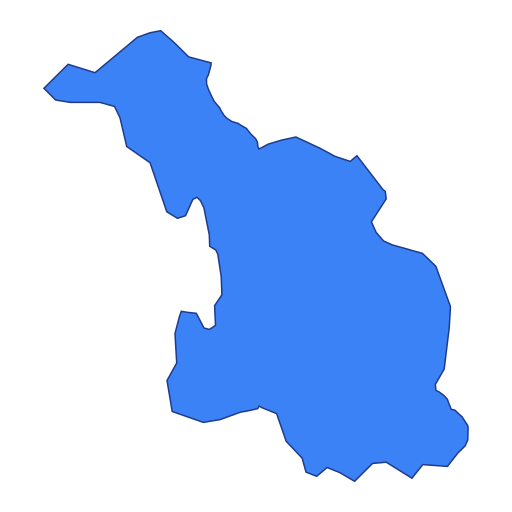 outline of Koulikoro, Koulikoro, Mali, rotated 270°
{"feature_id": "8926073B42356193702634", "entity_name": "Koulikoro", "entity_type": "district", "adm_level": 2, "iso_a3": "MLI", "parent_name": "Mali", "parent_adm1": "Koulikoro", "projection": "orthographic", "projection_center": [-7.329, 13.238], "detail": "fine", "context": "isolated", "style": "filled", "palette": "blue", "viewbox_px": 512, "rotation_deg": 270, "n_neighbors": 0, "source": "geoboundaries", "source_scale": "gbopen_adm2", "svg_char_len": 1770}
<svg xmlns="http://www.w3.org/2000/svg" viewBox="0 0 512 512"><g transform="rotate(270 256 256)"><path d="M178.5,175.0L149.0,176.7L131.5,167.0L100.5,172.2L89.6,203.4L92.4,220.0L99.9,240.7L101.1,247.7L103.4,257.8L104.9,258.5L105.9,259.1L104.3,262.0L98.4,276.6L70.7,286.2L53.9,302.1L39.9,306.0L35.7,316.7L44.5,327.1L39.3,340.0L30.7,354.6L48.6,372.6L48.7,374.2L49.8,386.2L33.8,411.9L47.4,422.8L45.6,447.4L53.0,453.2L59.0,457.9L66.2,465.2L72.0,467.8L81.0,468.0L84.6,468.1L86.7,467.6L92.3,463.9L95.4,461.9L98.2,458.7L101.8,455.0L102.7,451.2L106.8,449.6L107.0,449.5L109.8,448.4L111.2,447.9L112.7,447.4L116.2,444.2L116.5,443.9L118.2,441.6L119.8,439.5L121.6,436.1L122.4,435.9L127.5,435.3L143.0,444.2L184.1,449.2L205.3,450.5L245.6,435.9L258.6,422.5L267.2,392.0L271.1,383.5L279.7,376.1L290.2,371.4L313.1,386.2L320.5,385.3L322.4,383.0L356.3,356.9L350.6,350.2L355.6,335.1L363.9,319.7L375.0,295.9L371.9,281.6L367.9,268.3L363.0,259.0L365.3,257.9L366.5,257.8L369.9,257.4L373.2,255.7L376.9,251.9L377.9,250.9L381.5,248.0L383.5,246.5L387.1,240.3L388.6,238.1L390.5,231.8L394.0,226.5L396.8,223.9L397.9,223.2L401.4,221.0L403.9,219.9L410.5,214.3L410.9,214.0L413.0,213.1L413.5,212.7L422.2,208.6L428.1,206.6L433.4,206.5L437.2,208.4L440.9,209.4L445.7,210.7L446.8,211.0L449.1,211.1L449.3,210.3L455.1,188.7L469.5,174.1L481.3,160.7L479.2,149.9L474.7,137.4L439.3,95.0L447.7,68.1L423.7,43.9L412.0,55.6L409.6,70.2L409.6,99.9L405.6,114.5L394.2,120.0L365.5,126.7L349.2,150.1L300.2,166.8L293.7,177.5L296.3,185.5L312.7,192.9L314.6,197.1L311.3,200.5L304.2,203.9L277.0,209.3L265.7,209.7L262.0,215.8L257.8,217.8L235.5,221.2L217.2,221.9L206.4,214.6L186.7,215.5L182.6,209.5L184.0,204.0L198.7,196.3L199.7,187.3L200.7,181.3L195.0,179.3L178.5,175.0Z" fill="#3b82f6" stroke="#1e3a8a" stroke-width="1.5"/></g></svg>